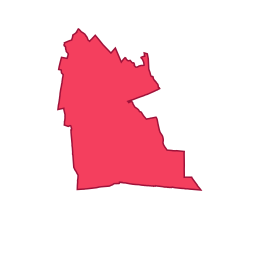 Roma, Botosani, Romania, rotated 202°
{"feature_id": "2599482B63715115104271", "entity_name": "Roma", "entity_type": "district", "adm_level": 2, "iso_a3": "ROU", "parent_name": "Romania", "parent_adm1": "Botosani", "projection": "mercator", "projection_center": [26.588, 47.842], "detail": "fine", "context": "isolated", "style": "filled", "palette": "rose", "viewbox_px": 256, "rotation_deg": 202, "n_neighbors": 0, "source": "geoboundaries", "source_scale": "gbopen_adm2", "svg_char_len": 5789}
<svg xmlns="http://www.w3.org/2000/svg" viewBox="0 0 256 256"><g transform="rotate(202 128 128)"><path d="M211.2,201.2L211.4,199.7L211.7,197.8L211.8,197.4L211.5,197.3L212.8,195.2L214.0,193.5L213.6,192.4L213.6,191.8L213.4,191.2L213.3,189.3L213.2,188.5L213.3,188.4L215.6,186.4L217.5,184.5L218.7,183.3L218.8,183.2L218.7,183.1L218.4,182.1L218.4,181.6L218.5,181.3L218.5,181.2L218.4,181.1L218.3,180.9L217.9,180.4L217.3,180.3L217.4,180.2L217.1,180.1L216.6,179.8L216.2,179.5L215.9,179.1L215.7,178.5L215.6,178.3L215.4,178.0L215.4,177.9L215.3,177.7L215.0,177.5L214.5,176.9L214.4,176.7L214.2,176.2L213.9,175.9L213.5,175.6L212.6,175.2L211.9,174.9L211.2,174.4L211.0,174.0L211.1,173.6L210.9,172.9L210.8,172.6L210.7,171.7L210.8,171.3L210.8,170.9L210.5,170.6L210.5,170.1L210.6,169.7L216.1,168.6L215.9,166.9L215.7,165.3L215.3,162.5L214.8,159.2L214.5,157.7L214.2,156.3L211.8,156.8L211.6,156.7L210.9,155.2L210.3,154.2L210.2,154.1L208.3,153.3L208.1,153.2L208.0,152.9L207.9,152.2L207.8,151.9L207.7,151.7L207.6,151.2L207.4,149.9L206.6,146.9L206.5,146.3L206.2,145.6L206.1,145.4L206.0,144.2L205.4,141.6L204.9,138.8L204.4,136.7L203.9,134.6L203.2,132.4L202.6,129.9L202.4,129.5L202.3,129.0L202.3,128.6L202.0,127.9L201.9,127.2L201.8,126.8L201.6,126.1L201.2,124.2L201.2,123.9L201.1,123.3L200.3,120.4L199.9,118.9L197.4,120.6L194.9,122.2L194.7,121.7L194.6,121.4L194.3,121.0L191.9,117.5L191.4,116.9L191.3,116.6L191.0,115.8L190.8,115.2L190.3,114.1L190.1,113.6L189.4,111.2L189.3,110.1L189.1,109.7L188.9,109.2L188.6,108.4L188.4,107.7L188.2,106.9L184.0,107.1L183.5,107.5L183.3,107.8L182.9,108.3L182.6,108.5L182.1,108.6L181.7,108.4L181.2,107.7L180.3,106.7L180.1,106.3L180.0,106.1L180.1,105.8L180.1,105.4L179.9,105.1L179.7,105.0L179.7,104.9L180.1,104.7L179.8,104.0L179.5,103.5L179.2,102.7L177.7,99.7L174.6,93.7L173.8,92.1L173.2,90.6L172.7,89.8L172.2,88.9L171.1,86.6L170.4,85.2L170.1,84.5L170.0,84.1L169.5,82.9L169.3,82.6L169.0,82.4L167.1,78.5L164.2,72.6L163.5,71.2L162.6,70.4L162.2,70.0L161.6,69.4L161.0,69.0L160.2,68.5L159.5,68.0L158.6,67.1L156.8,65.7L156.5,65.3L156.0,63.8L155.6,62.7L155.2,60.9L155.0,60.2L154.5,59.2L153.4,55.8L152.0,52.0L147.0,54.4L146.3,54.7L146.0,54.8L144.5,55.7L143.2,56.3L142.7,56.6L142.3,56.8L134.8,60.9L134.4,61.2L133.9,61.5L132.9,62.3L130.6,63.6L125.2,66.3L123.6,67.1L122.9,67.8L122.1,68.7L121.4,69.3L121.0,69.7L120.4,70.8L120.0,71.2L119.6,71.4L115.5,73.2L115.3,73.5L115.2,73.7L115.5,74.2L115.6,74.5L114.4,75.0L113.2,75.3L113.2,75.1L112.0,75.4L111.2,75.6L110.9,75.7L110.4,76.0L105.3,77.0L103.7,77.4L102.4,77.7L99.7,78.5L98.0,79.1L96.6,79.6L94.5,80.0L91.5,80.9L90.8,81.0L90.3,81.3L89.3,81.5L87.0,82.4L85.9,82.6L85.5,82.9L84.7,83.0L82.9,83.7L82.7,83.6L82.4,83.6L82.3,83.9L80.8,84.4L80.7,84.9L79.2,85.1L78.3,85.4L73.5,86.7L73.2,86.7L71.8,87.0L70.2,87.7L69.3,87.8L69.1,87.8L68.8,88.1L68.5,88.1L68.0,88.3L67.6,88.3L66.5,88.8L65.6,89.0L65.4,89.1L65.0,89.7L62.3,90.2L55.4,92.2L53.4,92.9L52.2,93.1L50.8,93.6L50.2,93.9L48.2,94.4L37.2,97.8L37.5,98.0L39.8,99.3L41.9,100.4L42.2,100.6L42.3,100.9L42.5,101.0L43.3,101.5L48.7,104.8L50.1,105.8L50.5,106.2L56.1,104.0L57.4,103.4L58.4,105.9L60.5,110.9L61.0,112.2L61.7,114.1L64.8,121.5L66.6,125.8L67.1,127.3L74.6,125.1L75.3,124.7L76.0,124.4L76.7,124.2L78.0,123.7L78.4,123.7L79.8,123.3L82.6,122.4L83.4,122.1L84.2,122.6L85.1,123.2L86.1,123.8L86.5,124.0L87.8,125.0L88.7,125.7L89.3,126.4L89.6,126.8L89.9,127.2L90.2,127.9L90.6,129.5L90.7,129.8L90.9,130.3L91.7,131.7L92.4,132.7L92.9,133.3L93.7,134.0L96.2,135.7L97.0,136.4L98.3,138.0L102.0,143.4L103.9,146.4L104.7,147.4L105.3,147.9L105.8,148.4L106.0,148.5L106.7,148.1L109.9,146.0L110.8,145.5L111.3,145.1L111.7,144.8L113.5,143.7L114.0,143.2L114.3,143.1L117.8,144.9L119.7,146.2L120.8,147.0L121.3,147.4L121.7,147.6L122.0,147.7L122.3,147.7L123.0,147.5L124.2,148.1L125.1,148.8L125.5,149.0L126.6,149.3L127.5,149.6L128.5,149.7L129.8,150.1L130.0,150.3L130.6,150.8L131.4,151.4L132.4,152.2L132.6,152.3L132.9,152.9L133.3,153.3L133.8,153.5L134.7,154.2L134.8,154.1L135.0,154.1L135.7,153.1L136.0,152.8L136.4,152.3L136.6,152.0L136.8,151.8L137.0,151.9L137.8,152.6L138.1,152.7L136.9,153.7L136.2,154.4L135.8,154.7L135.5,154.9L133.7,156.5L132.2,157.9L130.5,159.5L128.2,161.6L126.2,163.3L125.5,163.9L124.2,165.3L123.4,165.9L123.1,166.2L122.6,166.5L122.2,167.0L116.8,172.6L115.8,173.8L115.2,174.2L114.5,175.2L113.4,176.4L113.9,176.8L114.1,177.0L115.0,177.1L115.3,177.3L115.5,177.8L115.6,178.2L116.1,178.8L116.5,179.4L117.0,179.8L117.3,179.9L117.8,180.2L118.8,180.7L119.5,181.3L120.4,181.5L120.8,182.0L121.2,182.0L122.0,182.5L122.4,182.7L122.6,182.9L122.9,183.3L123.1,183.5L123.3,183.8L123.6,184.2L123.8,184.7L124.0,184.8L124.5,185.0L124.8,184.9L125.2,184.6L125.4,184.6L126.2,184.9L126.3,185.0L126.5,185.2L126.8,185.5L127.1,185.8L127.3,186.2L127.7,186.7L128.3,187.5L130.8,190.4L135.1,199.7L137.9,204.0L141.1,203.7L139.4,200.7L140.2,200.4L142.3,198.5L142.3,198.1L141.9,197.8L141.3,197.6L140.7,197.3L139.6,196.4L139.2,196.0L138.3,195.1L137.8,194.4L136.6,192.3L136.7,192.1L137.4,191.7L138.2,191.3L139.3,190.9L139.5,190.7L139.8,190.4L140.6,189.9L141.1,189.5L141.4,188.9L141.7,188.6L142.1,188.2L142.7,187.7L143.0,187.6L143.3,187.5L143.5,187.4L143.8,187.4L144.3,187.6L144.6,187.9L144.8,188.0L145.3,188.1L145.5,188.2L145.7,188.5L145.8,189.2L146.0,189.6L146.7,190.2L147.0,190.5L147.3,190.5L148.0,190.1L148.6,190.1L151.4,191.5L152.0,191.0L153.0,190.4L153.8,190.5L155.4,191.1L156.2,192.0L157.1,192.1L157.9,190.2L158.9,186.6L169.7,197.4L171.9,191.1L182.4,195.8L187.9,198.9L193.1,201.7L194.2,198.8L194.6,197.9L194.7,197.4L195.4,195.9L196.1,194.0L196.8,194.3L197.5,194.4L197.9,194.6L198.7,195.3L199.2,196.0L200.3,197.0L200.9,197.4L201.5,197.5L201.8,198.0L202.8,198.5L203.1,198.8L205.4,199.4L206.7,199.6L207.4,199.7L208.0,200.0L209.4,200.7L210.3,201.1L210.6,201.1L210.9,201.3L211.0,201.3L211.2,201.2Z" fill="#f43f5e" stroke="#9f1239" stroke-width="1.5"/></g></svg>